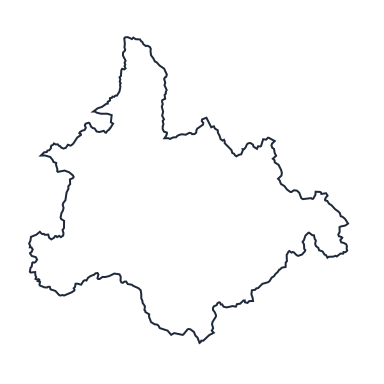 outline of Huancavelica, Huancavelica, Peru, rotated 184°
{"feature_id": "86281439B45357472529308", "entity_name": "Huancavelica", "entity_type": "district", "adm_level": 2, "iso_a3": "PER", "parent_name": "Peru", "parent_adm1": "Huancavelica", "projection": "orthographic", "projection_center": [-75.048, -12.773], "detail": "fine", "context": "isolated", "style": "outline", "palette": "slate", "viewbox_px": 384, "rotation_deg": 184, "n_neighbors": 0, "source": "geoboundaries", "source_scale": "gbopen_adm2", "svg_char_len": 5965}
<svg xmlns="http://www.w3.org/2000/svg" viewBox="0 0 384 384"><g transform="rotate(184 192 192)"><path d="M349.9,125.5L348.4,125.6L346.9,123.7L347.8,121.0L349.3,119.8L349.0,119.0L347.3,117.0L343.3,116.1L341.8,113.7L343.3,111.1L344.6,110.5L345.7,110.8L346.4,110.2L346.7,106.5L347.8,105.1L348.2,101.1L347.3,100.4L342.9,101.2L342.4,97.9L341.5,96.3L342.1,94.4L340.7,93.9L338.9,94.4L338.2,93.8L338.1,93.1L339.3,92.3L337.3,91.6L337.7,88.9L337.2,88.1L332.5,86.6L329.9,86.6L329.0,87.4L327.3,87.5L326.3,85.0L321.4,83.8L317.2,79.8L316.0,79.6L313.8,80.2L312.4,79.8L304.9,83.6L302.5,85.5L302.4,86.4L303.3,87.7L302.0,89.3L301.8,92.3L300.2,92.6L296.2,91.8L294.0,95.8L292.5,96.6L291.1,96.3L289.7,99.2L287.3,101.1L284.0,102.6L282.6,104.1L280.6,104.6L279.6,103.2L280.3,99.4L279.5,98.6L278.1,98.8L275.4,101.0L272.3,101.2L268.7,102.4L263.8,105.2L258.6,104.8L257.2,102.5L257.1,98.6L256.1,96.8L254.6,96.6L253.1,97.9L251.5,98.1L249.7,95.7L245.5,95.3L244.2,94.3L238.9,92.4L236.4,90.5L235.5,86.7L235.2,82.6L233.8,79.7L233.6,78.1L231.0,74.7L231.2,70.9L230.4,70.2L230.1,69.0L226.2,67.0L226.2,64.6L223.8,59.4L220.2,57.5L217.5,57.2L216.2,56.4L214.7,54.0L206.7,52.0L202.8,48.1L199.9,50.0L191.4,48.8L190.6,49.3L186.9,54.6L185.7,55.1L184.0,54.9L180.3,52.5L178.6,49.0L176.3,47.1L174.0,42.0L172.9,42.9L172.4,44.3L170.3,44.5L164.9,50.4L160.5,53.1L162.6,55.1L161.4,57.6L162.8,61.5L162.4,63.9L159.5,69.3L159.4,70.6L160.8,73.5L162.8,75.8L163.0,77.8L162.2,79.5L159.6,80.8L158.8,82.9L157.2,83.9L156.3,83.5L155.4,81.8L154.1,82.0L152.5,79.8L149.3,79.3L143.7,81.0L140.2,80.7L139.3,83.3L136.2,83.9L133.1,87.4L131.8,87.5L131.5,85.7L128.9,85.2L127.3,87.2L123.5,87.5L124.2,90.8L125.6,94.1L125.4,98.1L122.1,98.9L121.2,100.3L119.3,100.8L115.4,105.3L110.1,107.2L108.5,108.4L106.5,112.2L104.2,113.8L103.2,115.8L100.7,118.4L99.7,120.5L99.0,120.7L97.1,122.8L93.4,123.7L93.6,128.2L92.5,129.5L93.2,135.7L91.4,139.5L90.7,139.9L88.6,138.5L87.3,139.2L85.9,138.7L83.3,136.3L81.7,135.7L78.0,137.2L75.3,140.6L74.9,141.9L76.1,143.1L76.6,147.5L78.2,150.0L77.0,151.8L75.8,156.4L73.0,159.5L72.4,159.6L69.0,157.3L67.3,157.3L66.3,153.7L65.1,152.3L65.5,148.8L64.6,146.7L62.0,145.0L61.2,142.8L57.6,141.8L55.4,138.8L53.8,138.3L52.3,135.9L51.1,136.9L46.5,137.4L44.2,138.4L43.1,137.8L39.6,140.9L36.9,141.1L36.6,142.7L35.3,142.5L34.2,143.1L33.1,144.4L33.8,146.2L33.7,148.8L34.6,150.7L37.2,151.8L39.6,152.2L40.7,154.4L38.9,156.8L39.6,157.5L42.4,158.1L43.1,159.8L41.9,162.4L42.4,167.2L41.1,168.0L36.8,169.2L34.1,171.4L37.5,175.9L40.2,177.8L42.0,178.2L42.9,181.1L44.6,182.7L48.0,184.8L51.9,188.5L54.5,189.9L56.4,192.5L58.5,192.9L58.8,193.7L58.1,195.8L56.5,197.8L58.2,200.1L62.8,199.1L63.3,200.5L64.3,201.0L68.7,200.9L68.7,197.8L70.6,193.8L71.6,193.5L72.8,194.2L81.1,192.6L82.6,193.6L85.0,198.8L87.5,200.7L90.5,200.8L92.9,198.9L94.1,199.0L97.4,201.1L100.2,204.3L103.9,206.3L105.4,209.7L107.1,211.2L103.9,214.6L103.7,217.4L104.7,220.3L107.6,225.2L111.5,227.3L111.9,229.5L113.7,230.8L110.6,234.0L112.3,236.8L113.2,240.7L115.1,241.8L116.0,244.1L115.5,245.9L113.0,248.6L119.4,251.5L120.1,251.4L121.7,249.4L124.7,249.6L126.3,242.7L126.9,242.2L129.3,242.2L130.2,239.6L133.8,241.5L134.4,243.3L135.2,243.9L137.2,245.0L139.3,244.5L140.5,243.4L141.7,240.1L143.1,238.3L144.5,238.3L144.2,237.0L145.5,233.1L148.1,232.2L150.2,230.7L151.6,231.5L152.7,233.1L154.5,233.7L155.5,236.5L162.8,243.0L162.9,244.9L163.7,246.3L165.1,245.4L167.2,246.8L168.5,250.2L170.3,252.9L170.6,255.4L173.5,256.8L174.8,259.1L177.3,257.9L182.8,267.1L187.0,265.1L187.2,263.4L185.6,261.8L185.7,260.0L191.1,255.6L191.9,253.9L191.9,251.6L193.5,250.0L195.9,249.7L196.7,250.5L198.7,250.9L202.2,248.7L206.2,248.9L208.9,248.0L210.5,247.0L211.7,245.5L214.7,245.1L217.6,243.4L219.4,244.0L223.2,243.7L221.6,246.5L221.0,249.0L221.3,249.6L224.1,250.2L225.6,252.6L225.8,255.5L225.2,257.7L226.2,260.8L225.0,262.6L227.1,266.0L226.4,270.1L228.1,275.0L227.3,277.6L228.3,280.4L227.9,281.7L225.3,283.1L226.1,286.9L224.9,288.4L225.2,289.6L224.4,292.0L226.9,296.7L226.3,299.1L227.7,302.9L226.7,304.7L225.8,305.1L225.3,307.4L228.4,313.1L233.2,315.9L236.4,319.0L238.1,319.6L239.8,322.5L242.4,325.5L243.2,329.6L243.1,331.9L244.1,333.7L246.7,334.8L248.3,334.4L250.9,336.1L252.1,338.3L253.2,338.8L254.6,340.6L258.8,340.5L261.3,341.9L262.6,340.4L266.9,342.0L269.5,341.6L270.3,340.6L269.3,335.1L269.5,331.6L268.6,329.3L268.7,328.5L270.5,326.3L270.4,323.3L267.4,318.3L268.3,316.2L267.4,314.5L268.1,312.9L266.9,310.7L268.0,309.6L270.3,310.0L271.0,308.5L271.0,302.7L272.3,301.4L271.4,299.5L271.8,296.9L270.7,295.6L271.3,294.5L270.8,291.6L271.4,287.1L273.6,282.9L275.2,282.8L276.2,281.5L278.0,281.6L278.6,280.3L280.4,279.9L280.2,277.5L282.3,276.2L282.2,274.3L283.5,274.1L287.8,270.6L291.8,269.0L296.0,265.4L294.4,265.5L292.6,264.5L288.2,263.7L282.0,264.2L277.5,263.1L277.8,255.9L275.5,254.7L277.9,250.1L278.7,249.6L278.7,248.7L280.6,247.2L282.0,245.1L282.9,245.4L284.3,246.9L288.4,245.4L291.4,245.7L293.6,248.6L295.5,248.9L297.1,250.0L299.1,253.6L299.9,253.9L302.9,252.7L303.6,251.1L302.4,248.6L303.5,246.3L305.9,245.5L308.1,243.8L308.5,242.8L306.8,241.8L306.8,241.1L310.3,238.3L313.8,232.0L315.6,230.2L316.6,229.8L319.1,230.5L320.9,227.3L323.2,226.4L325.5,227.1L326.6,228.5L327.6,228.5L329.3,230.2L331.3,229.9L333.1,230.8L333.9,229.4L335.5,228.5L335.9,227.6L335.8,225.8L337.3,223.7L339.1,223.2L339.7,221.7L342.2,221.3L345.3,217.8L341.3,218.2L335.8,217.0L333.0,213.9L332.3,212.3L329.5,211.5L329.5,209.5L327.9,205.4L327.9,203.3L327.2,202.7L320.6,204.5L315.9,203.1L312.0,200.3L311.1,198.8L311.8,197.5L314.6,196.1L314.1,191.4L315.8,189.0L315.5,186.6L317.1,182.7L317.7,175.0L319.5,172.3L320.1,170.4L319.0,167.1L319.6,164.1L320.7,162.1L321.3,157.3L320.6,155.9L317.6,154.3L317.2,147.1L318.5,145.0L317.3,141.9L317.5,139.5L319.7,137.8L321.4,139.0L323.4,137.6L324.6,138.6L325.4,138.5L326.6,136.6L329.1,134.9L331.4,136.5L332.4,139.5L335.8,139.0L336.8,139.9L338.0,139.6L339.2,140.0L341.0,141.7L344.2,138.6L349.5,136.0L349.8,132.1L350.9,129.2L349.7,127.2L349.9,125.5Z" fill="none" stroke="#1e293b" stroke-width="2"/></g></svg>